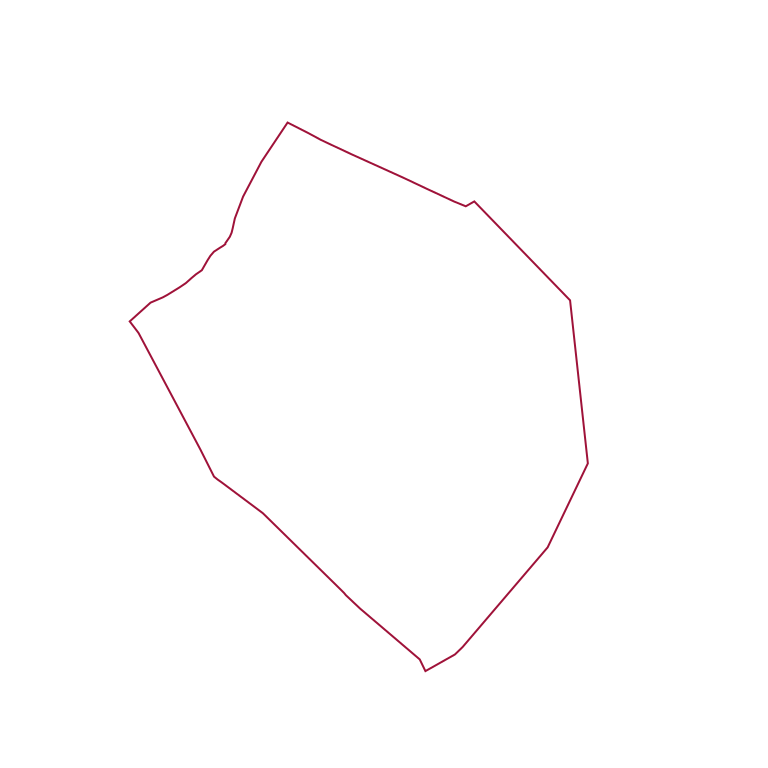 the district of San Pedro Tidaá, Oaxaca, Mexico, rotated 245°
{"feature_id": "50627088B21905525899656", "entity_name": "San Pedro Tidaá", "entity_type": "district", "adm_level": 2, "iso_a3": "MEX", "parent_name": "Mexico", "parent_adm1": "Oaxaca", "projection": "equal_earth", "projection_center": [-97.375, 17.337], "detail": "fine", "context": "isolated", "style": "outline", "palette": "rose", "viewbox_px": 768, "rotation_deg": 245, "n_neighbors": 0, "source": "geoboundaries", "source_scale": "gbopen_adm2", "svg_char_len": 790}
<svg xmlns="http://www.w3.org/2000/svg" viewBox="0 0 768 768"><g transform="rotate(245 384 384)"><path d="M381.2,588.0L511.3,543.0L510.5,533.2L519.7,524.7L542.9,505.2L562.4,489.0L606.1,451.5L622.7,437.6L632.0,429.9L643.7,421.2L661.7,407.1L637.2,366.8L613.4,335.5L597.1,318.8L589.1,312.7L585.5,309.8L582.6,306.5L578.7,299.8L577.8,299.3L577.2,296.4L576.8,292.8L575.8,285.8L573.6,280.9L570.8,276.5L564.1,267.0L562.9,260.0L561.4,254.4L559.2,247.1L558.0,239.6L556.3,225.0L556.0,220.1L556.4,206.8L548.2,180.0L535.9,182.7L533.9,183.1L477.8,186.0L402.2,189.9L371.9,190.8L367.8,192.8L363.6,195.2L318.1,219.6L219.1,256.7L211.5,259.5L208.7,260.2L190.6,267.4L119.3,300.0L106.3,300.2L108.9,334.0L112.4,344.1L166.8,463.3L225.9,535.2L381.2,588.0Z" fill="none" stroke="#9f1239" stroke-width="2"/></g></svg>